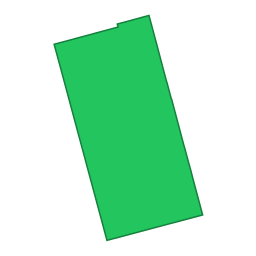 the district of Todd, South Dakota, United States of America, rotated 255°
{"feature_id": "52423323B83627610522987", "entity_name": "Todd", "entity_type": "district", "adm_level": 2, "iso_a3": "USA", "parent_name": "United States of America", "parent_adm1": "South Dakota", "projection": "natural_earth1", "projection_center": [-100.67, 43.194], "detail": "fine", "context": "isolated", "style": "filled", "palette": "green", "viewbox_px": 256, "rotation_deg": 255, "n_neighbors": 0, "source": "geoboundaries", "source_scale": "gbopen_adm2", "svg_char_len": 480}
<svg xmlns="http://www.w3.org/2000/svg" viewBox="0 0 256 256"><g transform="rotate(255 128 128)"><path d="M24.7,177.6L24.9,177.6L25.0,177.6L61.8,177.6L70.4,177.7L77.6,177.6L78.8,177.6L89.2,177.6L92.9,177.6L97.0,177.5L144.4,177.6L145.6,177.4L160.1,177.4L161.9,177.4L163.9,177.3L176.3,177.3L199.8,177.4L201.0,177.4L214.2,177.4L215.4,177.4L231.3,177.4L231.2,144.5L228.1,144.6L228.0,78.3L204.3,78.4L24.9,78.6L24.7,177.6Z" fill="#22c55e" stroke="#15803d" stroke-width="1.5"/></g></svg>